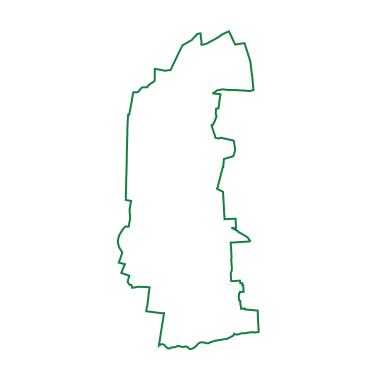 Bors, Bihor, Romania, rotated 346°
{"feature_id": "2599482B42133295911926", "entity_name": "Bors", "entity_type": "district", "adm_level": 2, "iso_a3": "ROU", "parent_name": "Romania", "parent_adm1": "Bihor", "projection": "orthographic", "projection_center": [21.836, 47.134], "detail": "fine", "context": "isolated", "style": "outline", "palette": "green", "viewbox_px": 384, "rotation_deg": 346, "n_neighbors": 0, "source": "geoboundaries", "source_scale": "gbopen_adm2", "svg_char_len": 5793}
<svg xmlns="http://www.w3.org/2000/svg" viewBox="0 0 384 384"><g transform="rotate(346 192 192)"><path d="M222.8,343.9L223.2,342.1L223.3,341.7L224.1,337.5L224.2,337.1L225.1,332.0L225.9,328.1L226.0,328.0L226.2,327.0L226.8,324.3L226.9,324.1L227.1,323.0L214.9,318.7L215.1,317.9L211.4,317.2L211.5,316.4L211.8,315.0L211.7,313.1L211.9,312.1L212.4,309.9L212.5,309.5L212.5,309.3L211.6,309.0L211.6,308.9L211.6,308.6L211.7,307.9L211.8,305.8L211.9,305.2L212.2,304.5L212.3,304.4L212.8,303.1L213.1,301.8L214.2,301.3L214.4,300.6L215.0,300.7L218.0,301.3L218.0,300.9L219.1,295.0L218.3,294.9L218.4,294.5L218.5,294.2L218.5,293.9L218.7,292.6L217.8,292.4L216.8,292.2L217.1,289.6L214.6,289.1L213.9,289.0L211.8,288.8L209.9,288.3L208.5,287.7L208.7,286.7L209.9,280.3L210.9,278.8L211.5,277.9L212.0,276.3L212.5,274.1L212.9,271.7L213.6,267.6L213.7,267.0L214.5,265.5L214.6,264.9L214.8,263.7L215.1,262.1L215.7,259.2L216.0,257.7L217.3,250.5L235.8,253.9L236.6,253.5L236.0,252.1L235.6,251.1L235.1,249.9L234.7,249.3L234.3,248.7L233.7,248.1L227.2,241.8L227.3,241.4L221.6,236.0L225.8,238.4L226.2,236.3L226.7,234.0L227.2,231.5L227.6,229.2L227.9,228.5L224.2,227.7L222.4,227.3L220.8,227.0L217.0,226.3L217.6,223.2L218.2,219.5L218.5,218.1L219.9,211.1L222.1,199.5L222.1,199.3L220.5,197.9L219.5,197.0L219.2,196.8L217.0,194.8L217.2,194.5L217.4,194.5L217.6,194.4L218.5,192.8L225.8,179.2L227.8,175.4L228.0,175.4L228.3,175.4L229.6,171.6L231.0,167.7L240.7,167.3L244.1,161.7L245.0,152.7L244.6,152.0L243.2,151.4L234.8,147.2L234.1,146.8L233.0,146.3L231.0,146.4L230.5,146.4L230.0,146.3L229.9,146.2L229.7,146.1L228.7,145.5L228.0,145.2L227.9,145.1L227.8,142.4L227.7,141.0L227.6,139.3L227.5,137.6L227.3,135.6L227.2,134.7L227.1,131.9L228.4,131.9L228.4,131.6L229.3,130.9L230.4,129.7L231.1,128.9L231.6,128.1L232.7,126.5L234.2,124.5L233.9,123.0L234.2,121.0L235.0,118.6L235.3,117.2L236.3,117.0L237.0,117.1L237.8,117.3L238.8,115.1L239.4,113.6L239.6,113.0L241.6,108.0L243.3,104.1L242.3,103.6L239.6,102.7L236.4,101.5L236.5,101.2L240.0,99.9L240.3,99.7L242.1,99.4L243.1,99.6L244.6,99.6L244.9,99.6L245.5,99.7L246.3,99.8L247.0,99.9L248.0,100.3L248.8,100.7L250.2,101.2L255.7,102.9L258.8,103.6L260.7,104.2L264.5,105.4L266.9,106.1L268.5,106.6L269.1,106.8L270.2,107.3L271.8,107.8L272.4,108.0L272.9,108.0L273.6,108.0L274.3,108.0L274.8,107.9L275.8,107.8L276.1,107.8L276.3,107.9L276.4,107.3L276.5,106.8L276.7,105.4L277.9,97.6L278.5,93.8L278.5,93.3L278.9,89.5L280.1,80.4L280.2,80.1L280.2,79.9L279.0,60.5L278.9,60.3L274.5,59.8L274.1,59.8L273.8,59.7L273.2,59.7L272.9,59.7L271.0,59.5L270.1,59.4L269.6,59.4L269.0,56.7L268.3,53.0L267.6,49.3L267.1,46.9L266.7,45.1L264.0,45.5L261.8,45.9L259.7,46.4L259.1,46.5L258.5,46.7L257.9,47.0L257.2,47.4L256.8,47.5L255.5,48.0L255.3,48.0L254.9,48.1L253.5,48.5L252.6,48.9L251.8,49.1L251.0,49.3L250.1,49.6L248.9,49.9L247.2,50.2L245.7,50.6L244.1,51.0L243.8,51.2L242.9,51.4L241.5,51.7L240.9,51.7L239.6,51.7L239.1,51.7L237.5,51.6L236.8,51.4L237.0,50.1L237.4,49.5L237.5,48.9L237.8,46.4L237.9,45.9L237.9,45.3L237.9,45.1L237.9,44.3L238.2,43.1L238.2,42.9L238.3,42.7L238.3,42.4L238.4,42.0L238.5,41.6L238.8,40.3L238.6,40.2L237.4,40.0L235.2,39.9L233.6,41.3L230.1,43.3L228.7,44.4L223.5,45.9L218.3,47.4L215.4,50.7L211.7,55.1L208.1,59.5L205.4,62.8L204.1,64.3L200.8,68.4L195.1,67.8L186.0,63.6L185.6,63.7L183.8,70.9L182.8,74.7L182.5,75.2L181.4,75.7L176.8,77.3L175.6,77.9L174.0,79.5L173.5,79.5L172.2,79.1L169.2,78.5L168.4,78.6L163.8,82.0L163.1,82.0L159.4,81.1L159.0,81.3L155.5,89.2L152.2,96.6L150.7,99.7L149.8,101.8L148.8,101.5L147.1,106.6L146.3,109.2L145.9,110.7L145.0,113.7L143.9,117.5L143.2,120.4L142.2,123.9L141.2,127.6L139.4,134.1L138.4,137.6L137.4,141.4L136.7,144.0L135.4,149.0L134.0,154.0L132.5,159.6L131.3,163.4L130.1,168.1L129.0,172.2L128.0,176.0L126.6,180.7L125.9,183.7L130.7,186.0L128.5,190.9L127.0,194.5L126.4,197.9L125.7,202.5L123.6,207.0L122.4,210.0L122.1,210.3L119.4,209.5L118.4,209.7L116.6,210.9L114.7,212.5L112.1,215.2L110.9,216.4L109.6,218.6L109.2,219.6L108.2,221.5L107.8,225.1L107.8,227.1L108.3,229.4L109.7,233.7L107.7,237.2L105.8,240.0L103.8,242.8L109.5,245.8L106.8,249.2L103.8,253.4L110.9,258.1L110.1,259.3L107.8,263.7L109.0,266.9L110.7,267.6L110.8,268.0L110.8,270.4L110.8,270.5L115.7,270.9L116.4,270.9L117.2,271.0L118.2,271.3L119.1,271.6L120.1,271.9L123.1,272.7L127.8,274.2L126.2,278.1L124.3,283.2L120.9,292.2L120.2,292.8L118.8,296.7L124.8,299.0L132.6,302.0L133.3,302.3L133.8,302.4L135.4,302.8L135.5,302.8L132.6,309.9L131.7,311.8L131.5,312.3L130.7,314.1L122.8,333.0L123.0,332.9L123.7,332.7L124.4,332.5L125.1,332.4L125.5,332.3L125.8,332.3L126.1,332.4L126.4,332.5L126.7,332.7L127.1,332.9L127.6,333.3L128.1,333.7L128.5,334.2L128.7,334.6L128.9,335.1L129.0,335.5L129.2,336.0L129.4,336.3L129.8,336.8L130.3,337.3L130.5,337.6L130.8,337.8L131.4,338.1L131.9,338.2L132.3,338.4L132.5,338.4L132.9,338.3L133.2,338.2L133.8,338.0L134.1,337.9L134.4,337.9L134.8,337.9L135.2,338.0L136.4,338.2L137.3,338.4L137.6,338.5L137.9,338.4L138.8,338.4L139.4,338.2L139.9,338.1L140.2,338.0L140.4,338.0L140.8,338.0L141.1,338.0L141.5,338.1L142.1,338.4L142.6,338.6L143.3,339.0L144.5,339.7L144.9,339.9L145.2,340.0L145.7,340.2L146.0,340.3L146.4,340.3L147.3,340.3L147.8,340.3L148.1,340.3L148.4,340.4L148.7,340.5L149.1,340.7L149.4,340.9L149.8,341.2L150.1,341.5L150.4,341.8L150.6,342.1L150.8,342.4L151.0,342.7L151.1,343.0L151.4,343.4L151.7,343.7L151.8,343.8L152.4,344.0L152.8,344.0L153.7,344.1L155.7,343.7L156.5,343.5L157.1,343.3L157.7,343.0L158.5,342.5L161.5,340.6L162.7,340.1L164.0,340.0L165.6,340.3L170.9,342.8L171.7,342.7L172.7,342.4L174.5,342.2L178.6,341.9L185.2,342.5L186.0,342.5L188.9,342.8L191.1,342.9L193.0,342.4L195.2,341.9L197.3,341.3L197.8,340.7L198.2,340.3L198.6,339.7L198.9,340.0L200.3,341.0L202.2,341.3L206.6,341.1L209.1,341.9L213.0,342.1L217.1,342.7L217.4,342.8L219.2,343.6L220.3,343.7L222.8,343.9Z" fill="none" stroke="#15803d" stroke-width="2"/></g></svg>